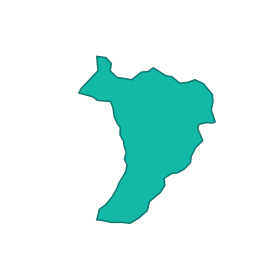 outline of Mjölby, Östergötland, Sweden, rotated 47°
{"feature_id": "70781695B90308748952791", "entity_name": "Mjölby", "entity_type": "district", "adm_level": 2, "iso_a3": "SWE", "parent_name": "Sweden", "parent_adm1": "Östergötland", "projection": "mercator", "projection_center": [15.167, 58.323], "detail": "fine", "context": "isolated", "style": "filled", "palette": "teal", "viewbox_px": 256, "rotation_deg": 47, "n_neighbors": 0, "source": "geoboundaries", "source_scale": "gbopen_adm2", "svg_char_len": 1000}
<svg xmlns="http://www.w3.org/2000/svg" viewBox="0 0 256 256"><g transform="rotate(47 128 128)"><path d="M68.9,140.1L73.5,137.2L81.3,132.4L87.0,131.5L91.8,127.1L96.6,122.8L102.7,125.0L110.1,130.2L117.5,132.8L122.3,133.2L127.5,138.5L134.5,140.2L138.9,143.3L144.5,145.9L148.4,152.0L154.1,153.7L158.5,159.4L161.9,171.6L165.0,178.1L167.6,186.8L168.9,196.9L168.0,204.3L173.3,212.5L173.8,213.4L178.5,209.5L185.5,204.7L193.3,196.4L199.0,191.6L201.2,182.0L201.6,170.3L196.4,162.4L197.2,148.1L195.1,140.2L189.4,135.9L191.1,127.1L194.6,122.3L196.4,114.9L195.9,105.8L192.0,101.4L188.5,92.3L188.1,81.8L175.9,77.5L173.7,73.5L177.2,67.4L182.0,62.7L183.0,60.1L182.9,60.0L171.5,54.8L166.7,47.8L161.1,43.5L147.1,42.6L138.4,46.1L135.4,53.1L130.6,59.6L120.6,60.9L115.3,64.8L106.6,67.0L101.2,68.4L100.5,74.7L96.3,80.0L95.2,92.5L88.8,97.3L83.5,101.7L74.0,102.0L69.5,96.2L61.4,96.2L57.3,99.5L54.4,102.0L61.0,107.3L65.7,110.7L66.4,121.6L67.1,135.2L68.9,140.1Z" fill="#14b8a6" stroke="#0f766e" stroke-width="1.5"/></g></svg>